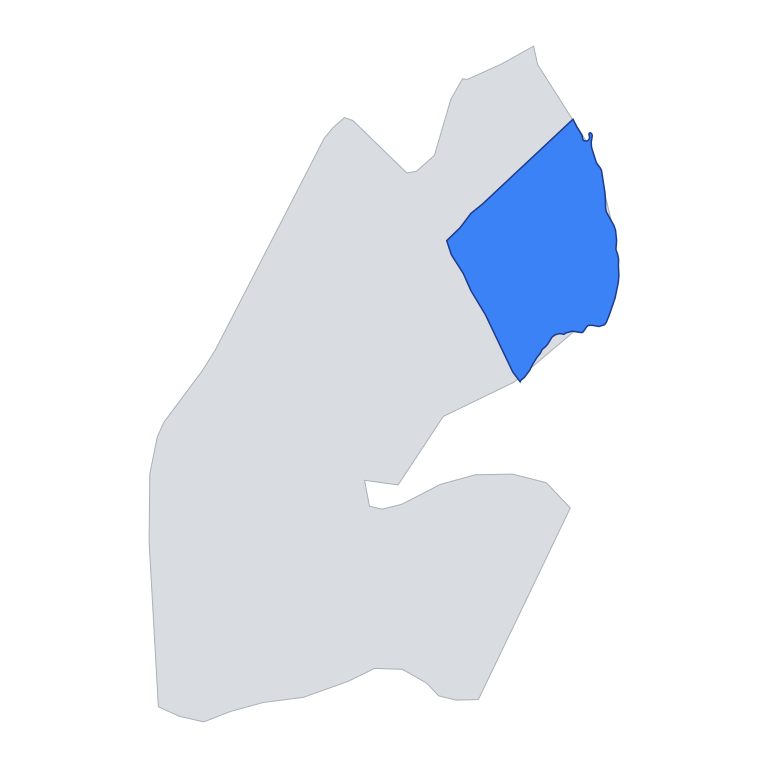 Obock, Obock, Djibouti (highlighted)
{"feature_id": "41766387B51204577272085", "entity_name": "Obock", "entity_type": "district", "adm_level": 2, "iso_a3": "DJI", "parent_name": "Djibouti", "parent_adm1": "Obock", "projection": "equal_earth", "projection_center": [43.238, 12.173], "detail": "fine", "context": "in_parent", "style": "filled", "palette": "blue", "viewbox_px": 768, "rotation_deg": 0, "n_neighbors": 0, "source": "geoboundaries", "source_scale": "gbopen_adm2", "svg_char_len": 1784}
<svg xmlns="http://www.w3.org/2000/svg" viewBox="0 0 768 768"><path d="M570.3,508.0L545.7,559.3L514.2,624.9L478.3,699.6L456.0,700.1L438.6,695.8L426.7,683.1L402.2,669.3L374.5,668.4L348.2,681.3L303.5,697.3L263.1,702.5L230.6,711.4L203.7,721.9L179.4,716.3L158.4,706.8L153.9,627.4L149.1,541.3L149.8,473.9L157.3,436.8L163.9,422.3L202.0,371.1L215.2,350.2L258.8,265.5L296.2,192.8L324.1,138.5L332.7,127.9L344.4,117.6L352.8,120.5L406.8,172.9L416.4,171.4L434.5,155.2L450.9,99.2L462.5,78.8L467.4,79.4L502.1,63.7L533.6,46.1L537.6,64.5L585.2,139.5L600.8,176.5L616.8,244.1L608.4,281.9L596.1,306.4L577.7,328.4L514.1,382.1L443.3,416.4L398.1,484.9L364.5,480.3L369.5,506.3L382.1,509.2L401.7,504.3L440.6,484.3L475.2,474.8L512.5,474.1L546.3,482.7L570.3,508.0Z" fill="#d9dde1" stroke="#a8b0b8" stroke-width="1"/><path d="M446.7,240.6L451.3,254.7L463.3,273.5L471.0,290.8L485.3,314.5L512.7,371.9L520.1,381.8L520.2,381.5L521.1,380.1L524.4,377.4L529.5,370.6L532.6,364.4L537.2,357.0L540.2,353.4L542.2,349.4L545.0,347.1L545.8,346.4L547.8,344.0L552.0,337.1L554.3,335.4L557.0,334.1L560.1,333.6L563.9,334.3L566.0,332.9L572.4,331.2L577.2,332.0L581.5,332.6L583.1,332.0L586.9,326.5L588.3,325.4L592.2,325.3L599.0,326.5L604.6,324.7L606.3,322.3L608.3,317.4L609.7,313.9L615.1,298.0L618.4,281.8L618.9,275.2L618.4,265.8L618.6,259.6L617.8,254.9L615.9,249.4L616.6,240.1L615.5,230.0L613.7,225.0L610.9,220.1L606.2,211.7L606.1,210.9L605.5,206.9L605.6,203.7L604.8,191.6L601.5,170.4L600.3,168.0L598.6,165.7L596.4,162.7L591.6,147.6L591.2,142.6L592.3,135.6L591.6,133.6L590.3,132.8L589.4,133.0L588.9,134.3L589.6,137.5L589.2,139.0L588.0,140.5L586.4,141.1L583.8,140.7L583.4,140.2L582.9,139.6L582.0,135.2L576.8,126.8L573.0,119.2L482.3,204.2L471.0,213.3L460.1,227.7L446.7,240.6Z" fill="#3b82f6" stroke="#1e3a8a" stroke-width="1.5"/></svg>